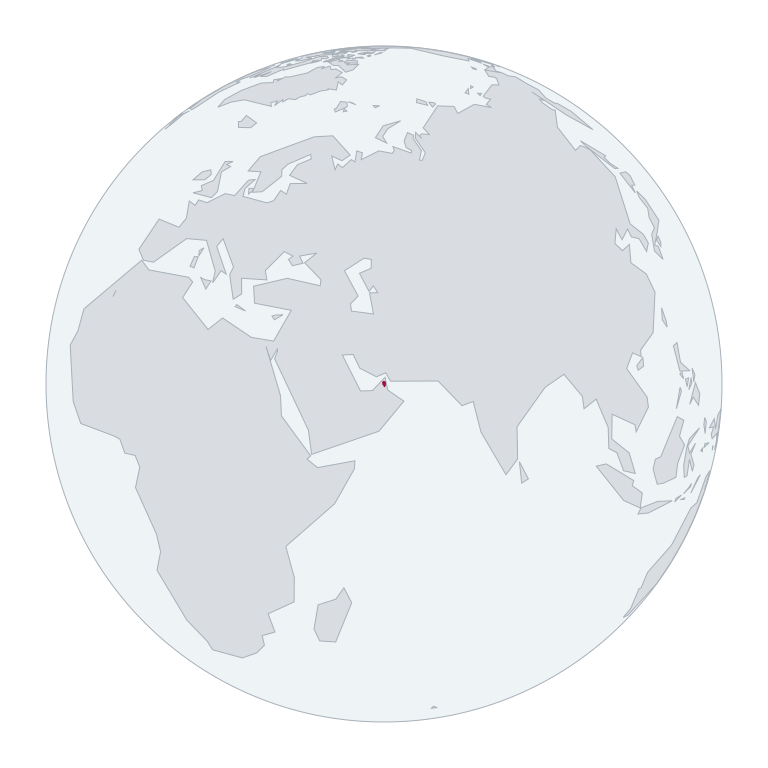 Fujayrah highlighted on a globe, orthographic projection
{"feature_id": "ARE-341", "entity_name": "Fujayrah", "entity_type": "Emirate", "adm_level": 1, "iso_a3": "ARE", "parent_name": "United Arab Emirates", "parent_adm1": "", "projection": "orthographic", "projection_center": [56.162, 25.265], "detail": "fine", "context": "on_globe", "style": "filled", "palette": "rose", "viewbox_px": 768, "rotation_deg": 0, "n_neighbors": 0, "source": "natural_earth", "source_scale": "10m", "svg_char_len": 11329}
<svg xmlns="http://www.w3.org/2000/svg" viewBox="0 0 768 768"><circle cx="384" cy="384" r="338" fill="#eef3f6" stroke="#a8b0b8"/><path d="M491.8,63.7L489.6,63.1L494.3,64.8L489.7,63.7L473.8,58.9L470.5,58.4L479.9,61.4L481.2,63.0L467.9,58.5L468.9,61.0L442.4,55.7L410.7,48.2L392.5,47.9L350.5,48.3L350.8,48.8L335.1,50.6L329.6,52.2L323.3,52.8L324.4,53.8L331.1,53.1L333.8,53.5L331.2,54.6L322.8,55.2L322.9,54.7L319.0,55.5L316.0,55.5L316.0,56.2L306.1,57.3L311.9,58.1L300.8,60.7L295.3,61.1L301.1,58.5L302.6,56.0L326.1,51.1L349.9,47.8L373.8,46.2L397.8,46.4L421.7,48.2L445.4,51.7L468.8,56.9L491.8,63.7ZM247.5,74.9L247.1,75.1L259.5,70.1L260.9,69.9L271.6,66.6L264.2,70.2L251.3,75.8L242.0,79.0L236.1,82.0L240.3,82.0L218.6,92.2L196.5,106.9L191.5,109.8L190.1,108.4L201.8,99.5L201.3,99.7L223.9,86.4L247.5,74.9ZM196.2,103.1L195.3,103.7L187.5,109.1L196.2,103.1ZM177.8,116.3L175.7,118.0L178.1,116.3L172.7,120.5L173.5,119.7L177.8,116.3ZM495.7,65.3L498.7,66.3L499.8,66.9L495.7,65.3ZM274.9,65.0L273.2,65.8L272.1,66.0L274.9,65.0ZM281.1,63.1L280.9,62.8L283.9,61.8L283.9,62.1L281.1,63.1ZM493.9,66.0L494.8,67.1L491.1,65.0L493.9,66.0ZM280.6,63.8L289.1,60.3L294.2,58.8L298.6,58.7L280.6,63.8ZM493.5,67.2L495.9,71.0L502.7,73.1L484.8,69.9L488.7,67.3L483.1,64.1L489.5,66.5L493.5,67.2ZM334.4,52.4L327.1,53.2L335.6,51.6L334.4,52.4ZM339.2,51.4L361.4,47.7L370.9,47.8L361.5,48.7L375.7,48.6L369.4,50.3L360.2,50.8L355.3,50.2L356.6,51.5L339.2,51.4ZM474.4,68.1L472.7,68.6L471.5,67.2L474.4,68.1ZM335.5,53.5L339.2,52.5L347.7,52.4L341.9,54.5L341.0,53.8L335.5,53.5ZM382.6,48.0L387.8,48.7L384.2,50.2L385.7,50.8L370.1,50.4L382.6,48.0ZM337.8,54.4L338.7,55.7L332.4,56.9L332.5,54.6L337.8,54.4ZM352.3,51.6L356.0,51.8L352.1,52.3L352.3,51.6ZM310.3,63.3L314.5,61.4L319.3,61.1L310.3,63.3ZM339.5,56.1L341.7,55.7L344.1,55.5L343.4,56.7L339.5,56.1ZM368.6,51.8L365.9,52.5L374.8,51.9L372.4,53.5L362.4,53.2L365.7,54.0L365.0,54.6L357.6,53.8L368.6,51.8ZM349.8,57.5L336.3,58.5L327.4,61.7L322.9,61.9L337.9,56.8L349.8,57.5ZM355.0,55.3L350.8,56.6L347.3,55.9L348.1,54.6L355.0,55.3ZM374.4,54.9L380.6,52.5L382.6,52.7L374.4,54.9ZM347.9,58.5L351.2,58.3L347.7,58.8L347.9,58.5ZM367.0,56.0L369.0,55.0L371.2,55.2L367.0,56.0ZM356.2,59.0L351.9,59.1L352.2,58.1L356.2,59.0ZM361.7,57.7L364.3,58.3L355.0,57.6L362.2,57.1L361.7,57.7ZM368.8,56.4L370.7,56.2L367.6,56.8L368.8,56.4ZM357.2,63.2L345.5,62.7L346.4,60.2L357.7,61.0L357.2,63.2ZM73.2,401.4L70.2,345.2L78.0,330.7L83.9,308.9L141.7,260.2L148.9,269.9L188.7,277.3L192.7,282.0L182.6,297.6L208.0,329.4L222.7,318.0L251.2,337.3L273.6,341.1L291.3,310.3L254.6,303.2L253.6,286.2L287.3,278.3L320.2,285.8L320.9,279.6L304.6,262.7L316.8,253.1L299.5,256.1L303.1,263.2L292.4,265.7L288.5,259.5L292.9,256.1L284.3,251.6L265.3,270.6L266.9,279.9L241.5,278.3L241.7,294.0L233.2,299.2L229.7,274.7L233.5,267.0L223.1,238.7L216.7,246.4L226.2,274.1L221.1,270.7L212.6,282.9L215.2,271.0L206.5,240.3L186.7,238.6L153.4,262.2L143.5,260.2L138.9,249.3L159.1,219.1L179.0,227.3L186.4,218.1L189.3,201.0L195.1,205.4L198.7,199.9L206.9,202.7L225.3,193.6L234.6,195.6L248.5,180.2L255.1,179.5L245.0,188.5L243.0,196.4L267.1,202.9L273.7,200.6L280.7,190.5L286.4,194.2L290.2,183.6L307.2,183.4L289.6,175.3L297.4,164.8L311.3,158.9L310.7,154.4L288.1,164.1L281.9,169.6L281.7,176.3L262.2,191.7L252.5,192.3L260.9,171.8L248.1,171.0L260.3,156.7L313.9,136.9L332.8,135.8L350.2,155.1L342.0,160.7L331.7,156.1L335.1,169.7L337.8,164.0L342.5,167.6L351.2,159.6L355.0,161.9L356.8,150.9L362.4,152.8L361.2,159.7L378.8,150.9L392.2,153.4L394.4,150.4L392.9,146.6L411.0,153.0L411.8,150.7L406.2,147.6L404.1,141.1L407.5,132.6L413.5,135.2L413.1,138.6L421.4,150.5L419.4,160.1L422.2,160.4L425.4,152.8L415.3,138.2L415.6,132.4L421.7,138.5L419.5,135.8L421.6,133.8L429.3,134.6L423.2,127.8L437.7,105.9L454.0,106.4L457.8,113.5L474.3,104.3L491.5,107.6L486.3,104.4L490.6,99.2L485.3,98.0L483.2,96.2L492.0,84.8L498.8,85.0L496.7,78.5L494.0,77.1L488.9,76.5L484.8,69.9L502.7,73.1L507.9,75.8L515.6,76.8L526.3,83.4L538.7,90.0L545.9,98.1L555.1,103.4L557.1,103.3L571.0,111.3L593.0,129.7L566.5,115.0L531.9,91.9L545.3,100.8L539.6,99.2L542.8,103.0L552.5,109.8L555.2,110.2L557.4,127.1L575.5,150.4L580.5,145.4L590.2,149.8L615.2,176.8L630.2,224.0L643.2,234.2L648.3,243.0L646.6,251.5L639.1,238.7L631.5,236.9L627.5,229.0L622.1,239.7L616.2,228.9L614.9,243.5L622.5,250.6L629.4,244.4L630.9,262.8L646.2,273.9L655.0,292.1L653.1,332.7L640.5,350.3L641.3,356.7L632.6,352.8L626.6,368.5L647.1,397.1L648.4,407.1L636.2,431.9L634.9,424.7L612.1,414.2L611.7,438.9L629.2,452.9L635.3,473.5L623.6,470.7L616.9,452.8L608.8,448.4L608.2,427.4L596.1,399.1L584.1,408.8L582.3,396.2L563.9,374.3L545.1,387.3L517.0,426.8L517.6,459.0L506.0,474.7L481.0,432.1L473.2,401.5L462.0,405.7L438.1,381.0L390.6,381.2L385.7,372.9L376.4,376.8L359.8,368.2L353.2,354.5L342.3,355.0L360.5,391.0L372.4,390.6L385.1,377.3L387.7,390.0L403.9,401.1L379.0,431.2L311.6,454.4L308.4,430.1L274.6,358.7L277.5,351.4L277.5,350.5L277.3,348.9L270.7,360.4L266.0,346.4L280.5,395.7L281.4,415.9L310.6,455.8L307.1,459.2L317.5,467.6L354.9,460.8L354.4,468.8L334.6,503.8L285.8,546.4L294.3,577.5L294.1,601.9L268.1,613.8L275.0,632.0L262.2,635.7L264.4,645.2L256.7,652.9L242.2,657.9L212.6,649.8L207.2,641.2L186.8,620.1L157.0,570.2L160.6,551.7L156.4,533.9L135.5,487.6L139.8,467.0L135.1,455.4L124.9,453.2L119.9,439.2L114.1,436.0L80.8,423.5L73.2,401.4ZM116.1,290.3L113.1,296.4L113.1,296.5L116.1,290.3ZM351.5,311.1L373.5,314.0L369.5,292.9L377.7,292.6L373.3,285.9L369.1,291.4L359.5,273.3L371.1,268.3L371.4,259.5L364.1,258.2L344.4,270.7L358.1,296.0L350.5,303.9L351.5,311.1ZM182.4,112.8L178.7,115.6L179.6,114.9L182.4,112.8ZM173.6,122.5L165.0,129.2L171.1,124.0L169.2,124.7L179.7,115.5L189.6,110.8L183.2,114.2L173.6,122.5ZM196.4,103.2L188.6,108.7L196.7,102.9L196.4,103.2ZM210.8,169.8L211.3,174.5L204.8,179.8L193.0,179.8L202.2,171.9L210.8,169.8ZM213.5,180.4L225.2,161.5L233.0,161.5L226.6,164.5L230.6,166.5L221.4,172.0L217.5,191.5L211.5,197.6L193.0,192.8L202.3,190.6L201.3,185.7L213.5,180.4ZM241.2,121.4L246.4,115.5L256.6,122.9L250.6,127.7L238.5,127.4L238.4,121.6L241.2,121.4ZM286.7,65.2L288.1,64.1L290.4,63.7L291.2,64.3L286.7,65.2ZM311.9,62.4L283.4,70.3L283.5,69.2L266.8,76.4L260.4,76.5L271.5,71.6L254.0,77.7L261.5,73.4L249.6,78.1L274.9,67.3L280.9,64.4L276.7,67.4L282.3,67.2L286.6,66.3L303.1,61.9L318.8,56.6L326.9,56.3L328.5,57.6L326.0,58.8L321.5,58.4L321.3,60.4L312.9,60.8L311.9,62.4ZM342.3,85.0L338.2,81.9L336.4,90.0L328.0,88.8L328.3,89.8L320.1,91.1L310.6,94.9L307.6,93.7L305.2,95.7L299.7,97.0L295.4,99.6L288.5,98.7L282.7,101.9L282.7,99.7L274.6,105.6L277.5,100.9L270.7,102.8L271.4,106.4L244.4,99.8L230.8,102.2L217.9,107.2L224.6,99.6L241.1,90.6L261.0,83.1L273.1,82.5L274.0,79.7L280.0,78.8L276.8,81.3L285.4,76.9L289.5,77.0L307.3,73.0L317.1,67.6L323.8,66.5L322.0,68.7L330.0,66.0L331.2,69.6L336.0,69.0L342.1,72.5L335.8,77.8L341.7,76.8L346.6,79.9L342.3,85.0ZM358.6,64.3L353.1,69.8L345.7,72.2L338.3,65.4L333.7,65.5L328.7,62.2L339.4,59.0L339.8,60.2L342.8,60.6L338.2,61.4L344.1,61.1L344.9,62.9L349.6,63.3L346.5,64.9L358.6,64.3ZM200.7,277.5L204.5,279.6L211.1,280.9L205.8,289.0L200.7,277.5ZM194.3,256.6L198.2,256.7L194.0,267.9L190.1,266.2L194.3,256.6ZM204.0,247.8L198.8,255.9L199.3,250.5L204.0,247.8ZM249.0,188.4L253.6,188.4L252.7,190.9L248.5,194.0L249.0,188.4ZM335.4,112.0L334.2,109.1L336.4,108.3L340.5,101.5L347.1,102.3L347.2,106.8L335.4,112.0ZM283.0,314.7L274.5,319.8L272.0,316.1L275.4,315.1L283.0,314.7ZM236.7,304.5L245.6,311.0L235.2,306.6L236.7,304.5ZM343.3,111.8L344.2,108.7L346.9,111.1L343.3,111.8ZM352.1,102.7L355.9,104.8L348.4,101.7L352.1,102.7ZM433.4,706.3L437.3,707.6L431.5,708.2L433.4,706.3ZM351.7,602.7L335.7,642.0L319.7,640.9L314.0,629.1L318.1,604.9L335.9,599.1L343.9,587.8L351.7,602.7ZM680.4,499.7L684.7,497.8L684.3,499.3L680.4,499.7ZM676.1,498.3L681.5,495.1L674.7,501.9L676.1,498.3ZM683.5,493.8L689.0,487.3L691.4,483.4L690.6,486.6L683.5,493.8ZM672.2,500.8L648.3,513.0L638.0,514.0L641.1,507.8L657.7,501.4L672.2,500.8ZM640.2,508.0L623.6,500.4L596.3,466.2L606.2,463.9L633.8,480.6L632.2,485.6L642.3,493.0L640.2,508.0ZM677.7,463.2L675.9,477.4L663.3,483.2L657.2,484.2L653.1,469.0L655.5,459.0L660.7,456.8L677.3,416.6L683.8,420.3L679.5,436.2L684.6,445.0L677.7,463.2ZM519.4,461.7L528.4,478.9L521.7,483.1L519.4,461.7ZM681.4,391.2L676.4,408.7L680.1,387.2L681.4,391.2ZM681.9,372.3L683.6,378.7L679.8,374.0L681.9,372.3ZM643.6,366.1L638.2,370.3L636.8,365.6L642.8,357.5L643.6,366.1ZM661.6,307.8L666.4,321.8L667.1,327.1L662.3,319.9L661.6,307.8ZM400.7,120.8L387.7,128.8L382.7,136.4L386.7,143.1L375.4,137.7L383.2,125.8L400.7,120.8ZM432.5,107.1L428.9,102.2L434.1,102.8L435.6,104.0L432.5,107.1ZM427.7,105.3L416.5,102.6L416.9,98.8L425.7,101.7L427.7,105.3ZM379.6,105.7L375.3,107.8L373.2,105.6L379.6,105.7ZM656.6,583.7L627.9,615.2L623.2,617.4L630.7,608.5L639.0,588.7L641.1,587.8L647.6,572.3L671.6,545.0L690.9,508.0L696.9,502.6L706.0,476.7L710.0,470.5L704.8,488.9L704.8,490.3L695.5,515.0L684.3,538.9L671.3,561.8L656.6,583.7ZM690.8,493.1L697.7,478.1L700.4,474.7L690.8,493.1ZM716.6,443.6L714.6,449.9L716.3,441.6L717.0,433.3L712.2,438.7L711.2,434.3L713.7,426.9L709.4,427.9L714.3,418.6L715.5,428.7L717.9,414.9L720.2,410.8L721.0,408.7L716.6,443.6ZM712.6,446.6L713.3,445.5L712.2,450.3L712.6,446.6ZM702.7,447.9L702.3,451.7L700.7,450.6L702.7,447.9ZM704.9,443.7L709.2,442.6L704.3,447.2L704.9,443.7ZM687.8,445.9L689.6,453.0L695.5,443.2L690.9,454.3L694.0,465.1L692.3,471.3L689.5,459.3L687.0,475.8L684.3,477.4L683.7,465.2L686.8,447.2L689.5,438.6L699.5,427.9L687.8,445.9ZM705.2,433.5L703.9,425.0L704.7,417.5L706.3,421.3L705.2,433.5ZM698.5,405.2L693.2,397.1L689.7,404.5L695.4,382.6L699.8,393.8L698.5,405.2ZM691.9,383.0L688.8,389.8L691.1,377.7L691.9,383.0ZM687.2,386.7L685.4,379.1L688.6,377.9L687.2,386.7ZM693.8,381.9L692.1,368.0L694.9,374.7L693.8,381.9ZM680.5,362.3L689.7,370.6L680.0,371.2L673.4,345.8L677.0,342.6L680.5,362.3ZM660.9,246.5L656.5,240.2L658.0,236.3L660.6,241.7L660.9,246.5ZM658.9,220.3L657.0,233.3L654.7,245.0L658.3,246.4L663.1,259.4L654.5,251.0L651.7,234.3L654.4,227.8L649.2,217.6L647.7,208.2L639.2,197.3L636.7,191.0L645.2,199.3L658.9,220.3ZM635.3,192.9L620.0,173.2L625.5,171.8L630.1,175.7L634.8,185.1L631.6,185.3L635.3,192.9ZM617.9,168.3L614.7,168.5L585.3,145.7L580.5,140.8L605.7,155.9L604.0,157.2L610.3,163.5L617.9,168.3ZM476.3,69.7L473.0,68.7L476.2,69.0L476.3,69.7ZM480.1,95.7L477.7,93.3L481.5,93.3L480.1,95.7ZM473.1,87.0L470.5,88.6L470.7,85.7L473.1,87.0ZM465.1,92.8L468.2,88.7L468.9,94.3L465.1,92.8Z" fill="#d9dde1" stroke="#a8b0b8" stroke-width="1"/><path d="M384.5,383.6L384.4,383.7L384.2,383.7L383.9,383.6L383.9,383.8L384.0,383.8L383.9,384.0L383.8,384.3L383.7,384.3L383.6,384.2L383.5,384.3L383.4,384.3L383.3,384.2L383.1,384.2L383.0,383.9L383.2,383.7L383.1,383.3L383.3,383.4L383.3,383.5L383.6,383.5L383.8,383.4L383.9,383.2L383.7,383.2L383.8,382.9L383.8,382.7L383.7,382.6L383.4,382.7L383.2,382.7L383.0,382.3L383.0,382.2L383.3,382.0L383.4,381.9L383.5,381.8L383.9,381.7L384.0,381.7L384.1,381.8L384.3,381.9L384.6,381.9L384.9,382.0L385.0,382.1L385.1,382.5L385.1,383.0L384.8,383.3L384.6,383.4L384.6,383.5L384.5,383.6ZM384.4,384.3L384.5,384.3L384.6,384.2L384.8,384.1L385.0,384.0L385.0,383.8L385.2,383.7L385.2,383.8L385.1,384.1L385.1,384.3L385.1,385.2L384.8,385.1L384.7,385.1L384.7,385.3L384.8,385.4L384.8,385.5L384.7,385.6L384.6,385.8L384.5,385.7L384.1,385.3L384.0,385.2L384.0,384.6L384.0,384.3L384.2,384.2L384.2,384.3L384.3,384.3L384.4,384.3ZM384.8,386.1L384.6,386.3L384.5,386.2L384.8,386.1L384.8,386.1Z" fill="#f43f5e" stroke="#9f1239" stroke-width="1.5"/></svg>